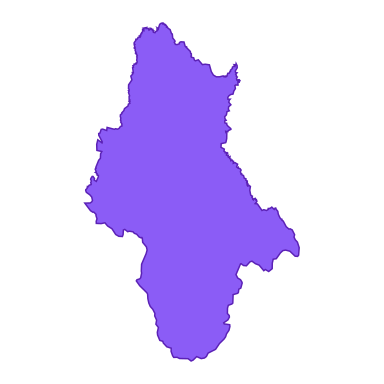 outline of Nam Yuen, Ubon Ratchathani, Thailand
{"feature_id": "78962969B1624057872614", "entity_name": "Nam Yuen", "entity_type": "district", "adm_level": 2, "iso_a3": "THA", "parent_name": "Thailand", "parent_adm1": "Ubon Ratchathani", "projection": "equal_earth", "projection_center": [105.061, 14.443], "detail": "fine", "context": "isolated", "style": "filled", "palette": "violet", "viewbox_px": 384, "rotation_deg": 0, "n_neighbors": 0, "source": "geoboundaries", "source_scale": "gbopen_adm2", "svg_char_len": 5898}
<svg xmlns="http://www.w3.org/2000/svg" viewBox="0 0 384 384"><path d="M146.7,27.5L143.1,28.2L143.7,28.9L143.4,29.0L143.8,30.4L142.6,29.9L142.7,31.6L141.6,32.7L141.7,33.6L140.8,34.0L140.6,35.9L140.0,35.7L140.0,36.9L139.4,36.5L139.5,37.2L138.1,37.4L137.2,39.1L135.8,39.3L135.9,40.3L134.2,42.6L134.1,43.5L134.8,44.4L134.2,44.7L134.8,46.8L134.4,47.5L134.9,47.7L134.4,48.3L135.4,49.1L135.1,50.4L135.8,51.9L135.5,53.1L136.2,53.2L136.0,53.9L136.8,54.3L136.8,55.2L137.3,55.8L136.7,56.9L137.1,57.5L136.7,60.2L137.2,61.8L136.5,63.6L136.0,63.1L135.1,64.2L134.2,64.0L133.7,65.5L132.9,65.7L133.4,67.2L132.6,67.6L133.3,72.4L132.6,72.5L133.1,73.0L132.5,73.4L132.6,74.2L130.8,76.1L131.9,79.9L128.6,84.8L128.5,88.7L129.1,89.3L129.0,90.6L128.6,90.7L129.0,91.2L128.5,92.4L129.6,95.9L129.1,96.5L129.2,100.1L129.8,100.2L129.0,101.2L129.6,101.5L129.3,101.7L129.9,103.3L128.4,104.1L128.0,106.0L124.5,108.6L123.8,110.7L121.8,112.8L121.9,113.6L120.4,114.8L120.3,116.6L120.8,118.0L120.5,120.3L121.0,121.0L120.8,122.3L121.8,123.6L121.9,126.0L120.4,126.5L119.2,128.3L117.5,129.2L115.5,128.7L114.4,129.3L107.1,127.4L106.7,130.5L102.7,129.1L101.2,129.4L99.9,133.1L98.7,133.5L98.8,135.3L102.3,142.0L102.0,142.9L97.8,139.8L96.7,144.3L96.9,150.4L101.8,151.5L100.6,153.8L100.4,158.3L98.7,160.2L95.8,167.4L96.1,168.1L95.2,169.1L96.2,171.8L95.5,172.3L96.3,172.5L96.5,173.8L97.2,173.9L97.2,175.2L98.4,175.4L98.3,177.0L96.3,181.4L94.2,180.1L94.5,178.5L93.0,176.4L92.2,176.4L91.2,177.9L90.6,179.2L91.3,181.0L90.7,182.8L91.3,183.9L91.1,184.6L89.2,185.2L88.1,186.8L87.4,186.5L87.0,188.6L85.8,189.6L85.7,190.6L86.4,192.4L89.8,194.8L91.7,197.0L92.5,200.4L91.7,201.9L90.1,203.0L84.8,203.1L90.5,210.7L92.8,212.2L93.8,212.1L96.0,214.3L96.0,215.7L97.0,218.8L96.2,221.3L96.3,223.4L101.2,223.6L104.9,222.8L107.6,226.0L112.0,228.8L115.7,234.5L118.8,236.3L122.4,236.5L123.1,234.6L123.4,230.0L124.8,229.4L127.7,231.7L129.3,231.2L133.0,231.8L134.3,233.3L136.7,234.2L139.1,237.0L141.1,237.9L141.8,237.5L142.3,238.2L142.7,242.4L146.4,246.9L147.1,250.0L146.1,253.7L141.6,264.2L141.3,271.1L141.6,273.1L140.7,277.7L139.7,278.9L137.0,279.7L136.3,280.9L139.7,285.7L146.8,292.7L147.6,294.1L147.9,298.8L148.8,303.0L150.3,306.5L152.8,309.3L154.9,313.4L154.7,315.9L156.6,320.1L155.9,324.2L158.4,327.5L157.3,332.3L157.6,335.1L159.8,340.4L162.8,341.3L163.3,343.0L166.8,346.8L171.2,348.2L171.1,351.4L172.6,355.7L173.7,357.4L177.1,357.3L179.6,358.5L188.1,358.7L191.1,361.0L193.1,360.1L196.7,356.6L201.2,358.6L204.5,358.0L206.4,356.5L208.1,353.1L215.6,349.3L219.4,343.6L224.0,339.1L225.6,336.8L226.5,333.9L229.0,330.2L229.9,326.5L229.7,324.7L224.2,323.9L223.7,322.8L227.9,319.9L229.4,317.1L229.2,315.5L227.4,313.5L227.5,308.1L228.3,305.3L231.9,304.0L232.8,303.1L233.1,294.6L237.7,293.3L238.4,292.4L238.8,289.2L240.8,288.1L241.2,286.7L242.2,283.0L241.8,281.8L240.5,279.7L237.7,278.0L236.0,274.6L240.5,263.9L241.1,263.7L243.5,265.5L246.4,265.8L250.0,261.8L252.0,261.2L255.4,263.7L259.1,265.1L263.8,270.7L265.3,269.5L268.7,271.5L272.2,268.7L272.3,263.1L273.2,259.2L276.3,258.7L280.4,252.9L282.9,250.6L285.6,250.1L289.9,251.2L295.1,256.2L297.6,256.4L298.6,255.2L299.2,247.7L297.4,242.1L295.3,239.8L294.0,237.1L294.6,234.7L292.2,229.9L290.1,228.8L289.0,229.1L286.2,226.7L283.2,221.0L282.0,220.4L282.0,219.3L280.7,218.8L279.8,217.5L278.3,214.2L277.8,211.3L276.0,209.1L275.9,208.2L275.2,208.0L274.2,209.4L271.8,207.1L270.2,208.3L268.2,208.5L268.3,209.4L266.5,210.5L263.8,209.7L262.0,210.5L257.4,203.9L255.2,203.6L256.9,201.5L256.7,200.5L256.1,200.3L256.3,199.5L255.4,199.3L255.3,198.4L254.1,198.7L253.4,199.9L252.7,199.3L252.6,198.1L251.9,197.3L252.4,196.2L250.7,195.1L249.8,190.3L250.4,186.4L249.0,185.5L247.8,186.1L247.3,185.5L247.1,184.4L248.1,184.1L247.3,183.2L247.3,181.8L246.8,182.0L246.9,183.0L246.6,182.8L247.0,180.8L245.9,180.3L245.9,178.7L244.3,178.3L243.5,175.5L242.1,175.0L241.7,173.8L241.0,174.0L240.4,171.5L241.1,170.1L240.0,168.6L238.5,168.3L238.3,167.3L237.7,167.8L236.6,166.9L237.6,164.2L234.9,162.6L233.3,163.3L233.5,161.3L232.5,161.0L232.1,160.1L230.8,160.6L230.9,159.1L229.7,158.6L230.0,156.6L228.4,157.3L228.0,156.2L228.4,155.2L226.5,155.2L226.5,154.2L227.7,153.1L227.1,152.6L225.3,152.8L225.3,152.1L224.0,151.2L224.3,149.1L221.0,147.3L221.2,143.6L225.6,142.7L226.0,142.0L226.7,138.6L226.8,133.4L225.9,132.7L225.7,131.3L227.7,131.9L228.3,130.6L230.9,129.4L230.8,128.6L227.6,125.8L226.7,124.4L226.7,123.3L225.1,123.1L224.7,122.1L224.9,120.5L226.1,120.3L224.9,118.5L224.7,116.7L226.4,114.9L227.0,111.6L229.3,110.8L228.4,109.3L228.6,106.8L230.9,104.8L228.8,102.3L229.3,100.1L230.1,99.2L227.9,99.2L227.8,97.4L228.8,95.9L230.7,94.5L233.0,94.1L233.8,91.1L235.4,88.6L234.9,85.6L235.7,85.0L238.0,85.1L237.9,81.2L238.8,80.9L239.2,82.8L239.4,81.3L240.0,80.7L239.2,79.7L236.8,80.0L236.5,78.3L237.3,77.0L236.3,76.3L236.4,75.3L235.7,74.3L237.0,72.8L235.6,72.6L235.3,71.0L237.2,67.8L237.1,65.6L236.1,63.6L235.9,64.8L234.3,64.7L235.2,65.7L234.9,66.6L233.9,66.1L232.4,67.2L232.4,68.4L230.5,70.2L230.5,71.3L230.0,71.4L229.3,73.1L227.8,73.3L226.8,76.3L226.1,76.7L226.0,76.1L225.1,76.1L225.2,76.7L224.0,76.8L223.2,75.9L219.6,76.8L216.3,76.8L213.4,75.1L211.3,71.6L209.4,64.8L205.2,64.2L202.4,64.6L198.3,59.8L195.3,60.8L194.4,60.1L193.7,57.8L191.4,57.2L191.0,56.1L191.4,55.8L191.3,53.7L190.7,53.4L190.3,51.4L186.9,48.0L186.6,46.9L186.1,47.2L185.1,46.1L184.0,42.0L180.9,41.8L179.5,42.5L179.3,43.8L177.1,44.6L175.4,44.4L174.3,42.2L175.0,41.5L174.8,40.6L172.7,38.0L172.3,34.0L171.5,33.6L170.1,29.6L168.0,28.2L167.3,26.9L166.5,27.1L166.5,25.8L165.6,25.3L165.7,24.8L165.1,24.4L164.0,25.1L164.3,24.6L163.6,23.9L164.1,23.9L163.5,23.2L162.7,23.8L162.3,23.0L161.1,23.3L159.7,24.3L158.4,28.4L157.2,27.8L158.2,29.6L157.6,30.1L157.0,29.6L157.0,30.9L155.7,31.5L155.0,32.7L153.4,32.3L153.2,31.5L153.8,30.9L152.7,30.4L152.9,29.5L151.6,29.5L151.6,28.7L150.8,28.3L150.0,28.3L150.2,29.3L149.0,30.1L148.3,28.5L146.3,28.5L146.7,27.5Z" fill="#8b5cf6" stroke="#5b21b6" stroke-width="1.5"/></svg>